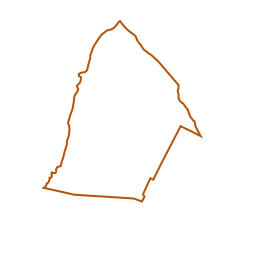 Gagaifomauga I, Samoa, rotated 297°
{"feature_id": "51752279B82418493782351", "entity_name": "Gagaifomauga I", "entity_type": "district", "adm_level": 2, "iso_a3": "WSM", "parent_name": "Samoa", "parent_adm1": "", "projection": "mercator", "projection_center": [-172.391, -13.461], "detail": "fine", "context": "isolated", "style": "outline", "palette": "amber", "viewbox_px": 256, "rotation_deg": 297, "n_neighbors": 0, "source": "geoboundaries", "source_scale": "gbopen_adm2", "svg_char_len": 1323}
<svg xmlns="http://www.w3.org/2000/svg" viewBox="0 0 256 256"><g transform="rotate(297 128 128)"><path d="M219.6,72.3L216.9,71.3L214.9,71.2L210.8,70.0L208.1,68.2L205.2,64.9L198.8,62.0L194.5,61.3L186.7,60.5L183.1,60.4L179.4,61.0L176.0,61.3L172.2,62.9L170.9,63.0L166.0,64.0L161.6,65.2L159.8,65.0L158.3,64.3L155.8,60.9L153.7,59.6L152.0,60.7L152.0,62.9L150.8,63.6L147.5,64.6L146.3,64.5L143.6,63.5L142.2,63.5L139.7,66.2L136.9,66.3L133.2,65.7L130.0,66.4L126.5,67.9L119.1,70.1L115.4,70.4L111.1,71.1L105.0,72.4L103.7,74.2L100.2,76.5L95.2,78.4L93.1,79.0L88.4,79.6L85.5,81.1L84.0,81.3L78.3,82.2L71.1,84.0L69.1,84.0L63.3,85.3L61.3,82.8L58.7,82.7L56.1,83.9L54.9,83.6L53.9,82.0L54.1,80.5L52.8,80.3L50.6,82.1L48.8,81.9L48.1,80.7L46.8,81.4L43.2,81.7L41.4,80.8L39.8,81.3L38.0,81.0L36.4,80.1L44.2,110.5L67.8,165.2L68.8,173.7L74.4,173.9L75.6,171.5L93.3,170.7L93.4,174.0L108.6,173.8L115.6,173.8L153.5,174.1L153.8,188.1L153.8,196.4L159.6,188.0L164.2,184.1L164.2,182.9L166.5,178.2L169.4,174.9L171.3,173.2L172.3,170.9L175.0,165.8L175.0,164.0L176.0,161.4L177.8,159.3L180.9,157.8L183.6,155.4L186.4,155.0L189.2,153.5L201.2,124.4L202.6,119.0L203.5,116.0L204.0,111.8L205.0,106.8L206.3,104.0L207.6,102.0L208.9,98.8L210.5,96.2L213.1,93.3L213.9,90.5L214.9,84.4L216.3,79.5L218.7,74.3L219.6,72.3Z" fill="none" stroke="#b45309" stroke-width="2"/></g></svg>